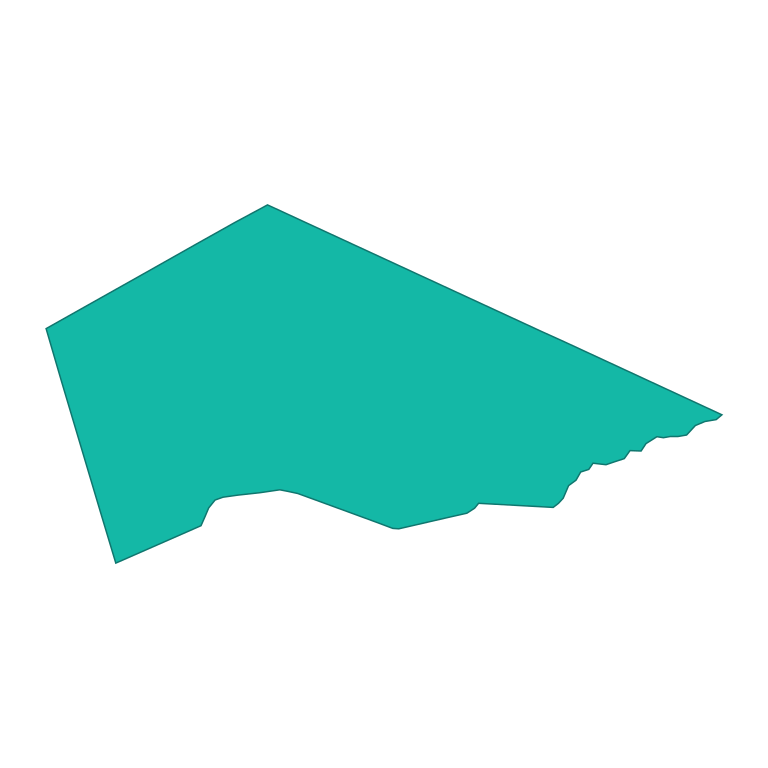 the district of Senador Alexandre Costa, Maranhão, Brazil
{"feature_id": "56859067B37234724064641", "entity_name": "Senador Alexandre Costa", "entity_type": "district", "adm_level": 2, "iso_a3": "BRA", "parent_name": "Brazil", "parent_adm1": "Maranhão", "projection": "albers", "projection_center": [-43.922, -5.258], "detail": "fine", "context": "isolated", "style": "filled", "palette": "teal", "viewbox_px": 768, "rotation_deg": 0, "n_neighbors": 0, "source": "geoboundaries", "source_scale": "gbopen_adm2", "svg_char_len": 778}
<svg xmlns="http://www.w3.org/2000/svg" viewBox="0 0 768 768"><path d="M721.9,414.8L564.1,341.7L557.3,338.6L550.0,335.3L541.8,331.6L267.5,204.9L234.8,222.5L196.6,243.9L142.2,274.6L46.1,328.6L61.4,381.0L100.5,512.2L115.8,563.1L201.0,525.7L205.2,516.2L208.7,507.9L215.1,500.0L223.0,497.2L238.0,495.1L260.0,492.7L279.8,489.8L288.0,491.4L297.8,493.5L354.2,514.1L376.0,522.1L392.8,528.4L398.8,528.8L445.2,518.1L466.9,513.2L474.6,508.2L478.6,503.3L553.2,507.4L558.5,503.3L563.2,498.2L568.6,485.6L576.0,480.2L580.7,472.0L588.8,469.4L593.0,463.2L606.0,464.7L614.5,461.8L624.3,458.6L630.0,450.6L641.1,451.0L646.0,443.6L656.9,436.7L663.4,437.7L670.2,436.5L678.0,436.5L686.6,435.0L695.4,425.5L704.9,421.5L716.2,419.6L721.9,414.8Z" fill="#14b8a6" stroke="#0f766e" stroke-width="1.5"/></svg>